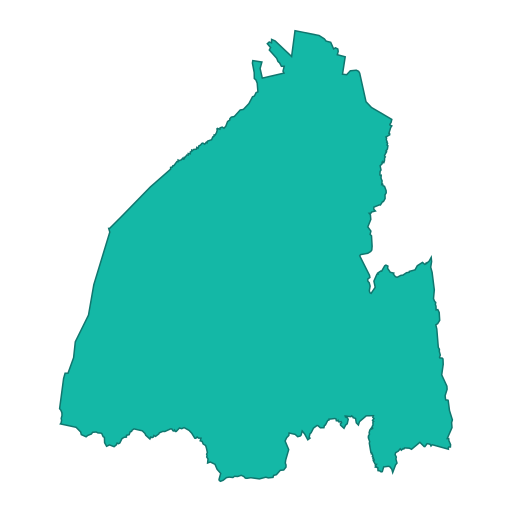 Chalchihuites, Zacatecas, Mexico
{"feature_id": "50627088B3556575576263", "entity_name": "Chalchihuites", "entity_type": "district", "adm_level": 2, "iso_a3": "MEX", "parent_name": "Mexico", "parent_adm1": "Zacatecas", "projection": "equal_earth", "projection_center": [-103.86, 23.443], "detail": "fine", "context": "isolated", "style": "filled", "palette": "teal", "viewbox_px": 512, "rotation_deg": 0, "n_neighbors": 0, "source": "geoboundaries", "source_scale": "gbopen_adm2", "svg_char_len": 6062}
<svg xmlns="http://www.w3.org/2000/svg" viewBox="0 0 512 512"><path d="M60.4,423.9L76.1,427.3L80.6,431.9L81.3,434.6L86.1,436.8L87.8,435.4L91.4,434.0L92.6,432.3L96.2,432.0L97.9,432.9L100.9,433.1L101.8,433.6L103.1,436.6L104.4,437.4L104.6,442.7L106.6,446.3L109.5,444.9L114.1,446.7L116.4,444.8L117.1,443.1L118.5,443.7L119.8,443.0L122.0,438.6L124.2,437.3L126.4,437.1L126.5,435.3L129.1,434.7L130.3,431.7L131.5,431.5L132.2,430.1L134.0,428.9L142.3,430.8L145.0,433.5L145.7,435.2L149.9,439.0L150.8,437.0L152.0,437.6L153.4,437.0L153.9,435.5L155.5,436.4L158.8,433.9L159.4,432.8L162.8,431.4L164.8,431.5L170.6,428.9L171.8,429.0L173.0,430.8L173.8,431.0L174.5,430.0L175.4,431.5L176.3,431.4L179.4,428.0L181.7,428.7L184.1,427.6L189.1,430.4L191.7,433.2L194.8,438.2L195.8,438.3L197.1,437.0L198.5,438.1L201.0,438.2L200.2,440.8L202.1,441.4L203.2,444.0L205.6,445.5L206.4,448.0L207.4,452.6L206.6,454.2L207.1,455.5L206.7,457.0L208.0,458.9L207.6,463.0L210.3,462.0L215.0,464.3L217.1,469.3L220.7,473.4L219.0,479.5L219.3,480.5L220.5,481.3L223.1,480.3L226.5,477.6L229.2,477.1L232.9,477.5L234.5,476.3L237.7,476.5L241.2,475.3L243.8,476.5L245.3,478.1L246.9,478.3L250.8,477.7L259.4,478.9L265.8,477.2L268.3,477.9L273.0,477.4L273.6,475.4L276.4,474.7L280.3,470.3L283.7,470.0L286.0,467.1L286.0,464.9L285.3,463.1L285.7,460.0L288.7,449.6L285.1,441.0L286.7,437.6L288.8,435.5L289.1,433.0L295.2,434.4L297.7,436.7L300.3,436.0L301.1,435.1L302.2,431.0L304.6,433.9L307.8,439.8L310.0,438.1L309.1,437.3L310.0,433.7L311.1,432.8L313.5,428.1L317.0,425.5L318.0,425.7L320.4,427.8L323.9,427.7L324.4,425.5L325.4,425.0L327.7,420.5L329.0,420.0L328.9,419.2L334.9,418.5L336.1,419.1L336.3,420.7L337.4,420.9L338.1,420.3L339.0,422.0L341.1,421.6L341.6,422.8L340.4,423.8L340.6,425.2L344.0,428.3L345.7,425.0L347.2,423.8L348.2,419.4L347.5,417.9L345.4,416.9L345.2,416.0L350.9,416.7L351.5,415.9L352.8,416.7L353.1,417.7L355.5,418.4L356.3,422.8L358.4,425.0L359.5,421.6L366.3,415.8L373.4,415.7L372.8,417.3L374.0,418.6L372.5,420.3L373.6,421.5L372.9,422.0L373.0,425.2L372.2,426.3L372.6,428.5L371.5,429.0L371.2,428.2L369.8,430.1L369.1,432.8L369.5,434.1L368.3,436.2L368.7,437.1L368.3,437.7L369.7,441.6L369.3,443.1L370.9,452.5L371.6,452.6L371.4,453.8L372.1,453.9L372.8,455.5L372.3,456.7L373.3,457.4L372.9,458.8L373.7,458.9L374.2,460.1L373.3,460.6L375.3,464.4L376.4,464.4L375.3,465.9L376.2,466.6L375.6,467.1L377.8,467.7L378.0,470.6L379.8,470.9L381.1,471.9L382.3,471.6L383.7,466.9L388.3,466.3L389.7,466.6L391.8,469.2L392.7,472.5L395.6,464.8L397.0,463.1L395.9,459.0L396.3,457.0L395.1,454.7L395.6,452.7L398.3,451.1L400.2,448.8L401.3,450.2L403.1,448.6L403.8,449.0L404.6,447.9L409.4,448.2L411.5,449.3L419.9,442.3L424.2,446.6L424.9,446.6L427.1,443.7L427.8,443.7L430.2,444.3L431.0,446.0L432.2,444.7L448.4,449.2L448.3,447.6L448.8,447.0L450.4,447.0L450.6,444.7L448.9,440.7L448.7,438.6L447.2,438.6L452.0,427.6L451.6,422.6L452.4,419.9L449.5,410.6L448.2,400.6L447.9,400.1L445.9,400.0L445.5,399.0L445.1,395.7L447.1,389.3L446.9,386.2L441.7,374.9L443.2,364.3L443.0,359.0L442.2,358.1L439.8,357.9L439.5,357.2L440.3,355.1L439.3,351.4L439.4,349.3L438.3,347.4L436.8,329.0L435.8,324.9L437.7,323.6L439.7,320.3L439.2,312.5L437.8,309.6L436.1,309.9L436.0,306.1L435.4,304.7L435.7,302.4L434.7,301.5L433.5,298.7L434.3,289.9L432.1,272.3L430.7,267.2L431.6,261.6L431.2,257.4L429.1,261.2L426.6,263.3L426.2,262.9L425.6,264.0L424.8,264.4L422.5,262.4L417.3,265.7L415.0,269.9L409.3,271.4L409.2,272.3L406.5,272.7L402.8,275.2L401.0,275.3L397.1,277.3L395.3,276.6L393.4,274.1L393.8,273.1L390.3,272.3L387.6,268.3L387.9,266.1L385.9,265.1L384.7,265.8L381.6,271.2L380.8,271.0L377.7,273.1L378.1,274.0L376.9,274.2L373.9,281.1L375.2,287.3L371.1,293.4L369.9,292.7L369.3,290.8L370.1,286.1L369.2,282.7L367.9,281.3L367.7,280.0L368.0,278.8L369.9,277.5L369.5,275.3L359.7,255.8L360.6,254.6L367.8,253.3L370.7,251.5L371.8,250.0L372.1,246.3L371.5,235.8L370.1,234.4L370.9,231.1L367.8,226.9L370.8,219.4L370.4,214.8L369.2,213.3L370.9,213.2L371.7,212.0L375.4,211.0L373.7,209.2L373.9,207.1L379.4,204.9L380.4,205.0L382.6,201.6L383.4,201.6L385.1,198.6L385.0,194.8L386.2,192.9L386.1,190.6L384.5,186.3L383.1,185.8L382.6,184.1L381.7,184.5L382.1,180.9L381.0,178.2L381.2,175.2L380.2,175.3L379.9,174.7L380.1,171.4L381.0,170.0L380.1,165.7L381.9,164.1L382.1,162.5L382.7,162.8L382.9,161.6L383.9,162.4L384.5,160.6L384.6,157.9L385.3,156.9L384.7,156.3L384.6,155.2L386.4,152.1L386.0,152.0L386.5,151.0L386.1,150.7L387.4,149.0L387.9,145.7L387.0,145.0L387.6,143.2L386.7,142.3L387.1,141.8L386.2,139.5L386.6,138.1L385.9,137.0L389.7,134.8L389.6,133.5L388.9,133.3L390.7,127.5L391.8,125.9L389.9,125.0L389.8,124.4L391.1,122.4L391.8,119.4L371.5,107.5L366.0,101.7L359.7,73.2L358.6,71.3L356.3,70.2L350.3,70.8L346.7,74.7L342.5,74.2L345.2,56.8L337.3,54.7L338.2,51.4L337.8,49.0L335.5,47.8L333.6,48.9L330.7,42.3L326.1,41.1L324.4,38.9L319.1,35.5L295.0,30.7L291.6,56.5L275.1,40.9L271.6,39.4L271.5,42.8L269.2,42.0L267.3,43.7L270.6,47.6L269.3,50.0L276.7,58.3L278.0,61.5L279.7,63.0L281.4,66.3L284.2,66.3L283.0,71.2L284.0,73.1L262.3,78.1L260.1,68.5L261.9,62.0L252.8,60.6L252.4,63.1L254.2,72.5L254.3,78.5L255.9,79.9L257.2,83.1L257.9,91.9L256.1,92.6L254.4,96.0L252.5,96.8L248.9,103.6L243.4,109.4L240.2,110.0L234.3,116.5L231.3,117.1L229.9,118.6L229.8,120.0L227.6,121.5L225.8,126.2L224.0,128.2L222.2,127.1L220.1,127.8L219.9,129.2L217.4,128.4L216.9,129.0L217.3,129.7L216.6,132.4L215.3,134.9L214.1,134.9L213.9,136.5L212.8,136.9L211.6,139.7L207.6,141.1L207.0,142.8L206.3,142.2L204.7,144.2L202.9,143.1L201.9,143.4L200.4,145.2L198.9,145.8L198.1,148.2L196.8,147.4L196.5,149.2L193.6,149.5L192.5,150.5L191.7,150.1L191.6,151.4L190.3,152.0L190.3,153.8L188.2,153.5L188.2,155.1L186.8,155.0L185.2,157.2L184.4,157.2L184.3,158.8L183.4,159.1L182.9,158.1L181.2,159.9L179.3,160.6L178.1,160.0L178.0,161.7L176.9,161.6L173.9,165.6L172.9,165.7L172.2,167.1L170.6,167.4L170.6,169.2L150.3,187.0L122.7,215.3L109.6,228.4L108.7,228.4L109.8,232.1L93.8,284.7L88.5,315.1L75.3,341.8L73.6,357.7L68.0,373.2L65.1,373.2L63.6,378.4L59.6,408.7L60.8,410.1L61.9,412.7L62.0,415.5L61.2,418.4L61.6,420.3L61.1,422.9L60.4,423.9Z" fill="#14b8a6" stroke="#0f766e" stroke-width="1.5"/></svg>